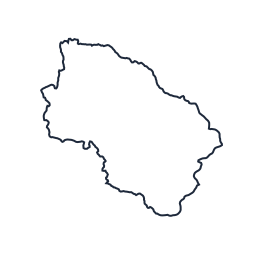 Gameleiras, Minas Gerais, Brazil, rotated 19°
{"feature_id": "56859067B89817296937915", "entity_name": "Gameleiras", "entity_type": "district", "adm_level": 2, "iso_a3": "BRA", "parent_name": "Brazil", "parent_adm1": "Minas Gerais", "projection": "albers", "projection_center": [-43.269, -14.981], "detail": "fine", "context": "isolated", "style": "outline", "palette": "slate", "viewbox_px": 256, "rotation_deg": 19, "n_neighbors": 0, "source": "geoboundaries", "source_scale": "gbopen_adm2", "svg_char_len": 5536}
<svg xmlns="http://www.w3.org/2000/svg" viewBox="0 0 256 256"><g transform="rotate(19 128 128)"><path d="M36.5,70.1L36.8,71.4L37.0,72.3L37.6,73.8L38.6,75.0L39.3,76.2L39.8,77.8L41.2,78.7L41.9,79.7L42.6,80.6L43.5,81.3L44.1,82.5L44.8,84.3L44.7,85.8L45.1,87.1L45.9,88.3L46.7,89.3L47.1,90.4L48.0,91.6L48.4,93.2L47.5,94.1L46.5,95.2L45.5,95.9L44.3,95.9L44.3,97.4L45.3,99.0L45.7,100.6L45.8,102.0L45.7,103.2L46.0,104.2L46.5,105.5L46.6,107.0L46.7,108.3L47.3,109.7L47.6,111.4L47.6,113.0L47.2,114.0L45.9,114.2L45.2,113.3L44.8,112.4L43.3,111.8L41.8,111.9L41.0,112.4L40.1,113.3L39.2,114.2L38.1,115.3L37.0,116.1L36.3,117.0L35.3,117.9L34.4,118.9L33.6,120.6L35.0,122.2L36.5,123.4L37.4,124.9L38.3,126.5L39.7,126.4L40.6,127.4L41.1,128.3L42.5,128.7L44.0,129.3L45.6,130.1L46.2,131.1L46.5,132.1L45.9,133.3L44.6,133.3L44.5,134.6L44.8,136.1L45.3,138.0L44.8,139.4L44.3,140.8L44.2,142.4L44.3,143.7L44.7,144.9L45.5,146.5L46.3,147.8L47.2,147.6L48.3,147.1L49.5,147.5L50.6,147.9L51.3,148.7L51.4,149.9L51.2,151.3L50.8,152.5L51.1,153.8L52.3,154.3L53.3,155.0L54.0,155.7L54.5,156.6L55.1,157.5L55.3,158.7L55.6,160.0L56.7,161.4L58.4,161.8L59.5,161.2L60.9,161.1L62.2,161.0L63.4,160.9L64.5,160.7L65.7,160.8L66.9,160.9L68.2,161.1L69.1,161.9L70.4,162.5L71.4,161.7L72.0,160.2L73.3,159.2L74.7,158.5L76.1,158.2L77.6,157.8L78.7,157.6L80.0,157.6L81.1,157.6L82.2,157.8L83.4,158.0L84.7,157.8L86.4,157.0L87.6,156.4L88.5,155.7L89.8,155.5L91.2,155.8L91.4,157.3L91.4,158.8L91.9,160.1L92.5,161.4L93.8,161.7L94.9,161.4L96.1,160.9L96.9,159.5L97.9,158.6L97.6,157.4L96.6,156.4L96.3,154.6L96.5,153.0L98.1,152.9L99.3,153.8L100.4,154.6L101.3,155.1L102.3,155.4L103.2,156.4L104.6,156.8L105.8,157.4L106.7,158.1L107.4,159.6L106.7,161.1L107.8,162.3L109.1,162.8L109.9,163.4L111.0,164.0L112.0,163.6L113.1,163.3L114.3,163.8L115.3,165.0L116.5,165.6L117.6,166.5L117.2,167.5L116.4,168.4L116.6,170.1L117.6,171.2L118.0,172.6L117.4,173.8L117.2,175.1L117.7,176.6L119.2,176.4L120.6,175.7L121.4,176.7L123.0,177.5L124.1,178.6L124.0,179.8L124.1,181.0L123.4,182.0L123.8,183.2L124.9,183.8L126.0,184.0L126.6,185.0L125.9,186.0L125.5,187.3L126.8,187.0L128.3,187.2L129.9,187.3L131.1,188.2L132.5,188.2L133.6,188.8L134.8,188.5L136.2,188.8L137.9,188.8L139.3,189.0L140.3,190.2L141.8,190.5L143.2,189.8L144.3,189.1L146.0,189.0L147.6,188.6L148.9,188.4L150.5,188.2L152.1,187.6L153.5,188.0L154.8,188.4L156.0,188.2L157.5,188.8L158.4,187.8L159.2,186.8L160.6,186.1L162.4,186.6L164.1,187.1L165.2,188.0L166.1,189.3L166.5,190.7L167.4,191.7L167.8,193.0L168.4,194.1L169.8,194.7L171.0,195.2L171.5,196.2L172.7,197.0L173.7,196.8L174.6,195.5L175.8,195.6L177.0,196.0L178.4,196.7L179.6,198.3L181.1,199.1L182.5,199.8L183.6,199.4L185.2,199.8L186.5,199.9L187.8,199.8L189.3,199.3L190.7,198.7L192.0,198.1L193.7,197.2L195.2,197.4L196.4,197.3L197.6,196.8L199.0,195.8L200.5,195.2L201.8,194.4L202.9,193.4L203.6,192.2L204.3,190.5L204.5,189.0L204.3,187.8L203.9,186.8L203.5,185.6L202.9,184.4L202.1,183.3L201.5,182.3L201.4,180.7L202.0,179.2L202.7,178.0L203.5,177.3L203.9,176.1L203.8,174.6L204.6,173.4L205.8,172.5L207.1,171.7L208.5,170.0L210.0,168.2L210.6,167.1L210.9,166.0L211.1,164.6L211.5,163.3L211.9,162.2L211.9,160.9L212.1,159.8L212.9,159.1L213.6,158.4L212.7,157.7L211.9,157.0L211.0,155.9L209.7,154.7L208.6,154.2L207.7,153.8L206.7,153.0L205.9,152.0L205.7,150.9L205.7,149.6L205.9,148.6L206.4,147.7L207.3,146.5L208.6,145.1L209.3,143.8L209.6,142.8L209.6,141.8L209.4,140.6L209.5,139.4L209.4,138.3L208.5,137.2L206.7,137.1L205.3,136.9L205.1,135.6L206.1,134.5L207.4,133.3L208.4,132.5L209.8,131.8L211.3,131.2L212.2,130.4L213.0,128.9L213.4,127.8L213.9,126.8L214.6,125.8L215.6,124.9L216.2,123.5L216.3,122.0L216.4,120.4L216.8,118.9L217.8,117.7L219.0,116.8L220.1,116.0L221.3,115.0L222.4,113.6L221.9,112.4L220.9,111.7L220.1,111.0L219.4,110.2L219.0,109.2L218.6,108.2L217.8,107.2L217.1,105.5L216.5,103.8L215.4,102.6L214.1,102.0L213.2,101.6L211.7,101.2L210.6,101.1L209.4,101.3L208.3,101.5L207.3,101.7L206.2,102.3L204.7,102.3L204.4,100.9L204.0,99.4L203.5,97.8L202.9,96.4L201.5,95.2L200.2,94.6L199.1,94.2L197.9,93.5L196.6,92.8L195.6,92.3L194.2,91.9L192.6,91.3L191.3,90.9L190.4,90.3L189.5,89.0L188.6,87.8L187.6,86.6L186.6,85.2L185.3,84.0L184.0,83.0L182.5,83.3L181.5,83.7L180.1,84.3L178.6,84.5L177.6,84.4L176.9,83.4L175.9,83.0L174.8,83.2L173.2,83.1L172.0,82.5L171.3,81.4L170.9,80.4L169.8,79.8L168.7,80.6L167.9,81.6L167.4,82.6L166.4,82.7L165.3,82.6L164.3,82.4L162.6,82.7L161.0,83.0L159.6,83.0L158.5,82.9L157.5,83.2L156.1,83.0L154.5,82.5L153.1,82.5L152.0,82.8L151.0,82.5L149.8,81.9L148.9,80.8L147.8,79.9L145.3,79.8L144.0,79.1L143.3,78.3L141.9,77.6L140.9,76.4L140.1,75.3L139.4,73.9L138.4,72.7L137.7,71.4L136.7,70.5L135.7,69.9L134.7,69.5L134.0,68.2L133.2,66.9L132.3,66.2L131.2,65.6L130.1,65.2L129.0,65.4L127.9,64.9L126.9,64.4L125.5,63.7L123.6,63.9L122.5,63.1L121.4,62.7L120.5,62.3L119.5,62.0L118.5,62.4L117.9,63.2L116.8,63.6L115.3,62.8L113.7,62.5L112.5,62.6L111.7,64.1L110.5,64.7L109.2,64.0L108.1,62.9L106.6,62.0L105.3,62.2L103.9,62.2L102.9,62.9L101.7,63.1L99.8,63.4L98.8,63.6L97.6,63.3L96.3,62.9L95.2,62.1L94.0,61.2L92.8,60.7L91.2,60.3L90.5,59.5L89.3,58.7L88.0,58.1L87.1,57.4L85.9,56.9L84.3,56.5L83.1,56.1L81.5,56.3L80.7,56.9L79.7,57.6L78.5,58.5L77.0,58.2L75.8,58.9L74.7,58.6L73.6,58.6L72.6,58.4L71.9,59.3L70.4,59.9L68.8,60.3L67.8,61.0L67.1,61.9L66.2,61.2L64.7,61.5L63.2,62.1L62.0,62.6L60.6,62.6L59.7,63.0L58.4,63.3L57.2,63.7L55.6,63.7L54.1,64.7L53.1,64.5L52.8,63.5L52.7,62.1L51.7,60.9L50.5,61.3L48.4,61.4L47.2,63.0L46.0,63.4L44.5,62.4L43.1,63.0L43.1,64.0L43.5,66.7L41.9,65.8L39.7,66.3L38.3,69.1L36.9,68.8L36.5,70.1Z" fill="none" stroke="#1e293b" stroke-width="2"/></g></svg>